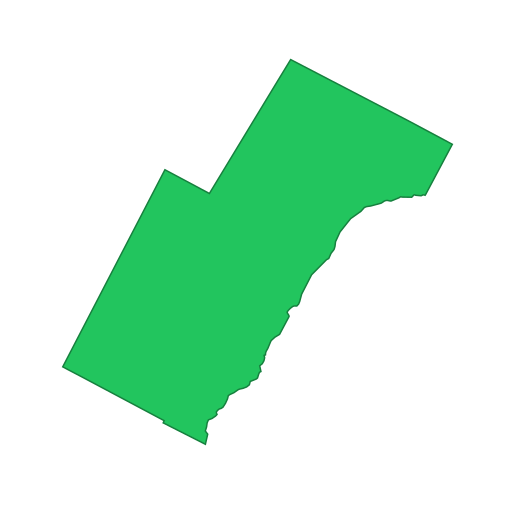 the border of Kavango, rotated 118°
{"feature_id": "NAM-3354", "entity_name": "Kavango", "entity_type": "Region", "adm_level": 1, "iso_a3": "NAM", "parent_name": "Namibia", "parent_adm1": "", "projection": "mercator", "projection_center": [19.863, -18.289], "detail": "fine", "context": "isolated", "style": "filled", "palette": "green", "viewbox_px": 512, "rotation_deg": 118, "n_neighbors": 0, "source": "natural_earth", "source_scale": "10m", "svg_char_len": 1605}
<svg xmlns="http://www.w3.org/2000/svg" viewBox="0 0 512 512"><g transform="rotate(118 256 256)"><path d="M65.2,135.1L82.4,135.1L115.1,135.1L122.0,135.1L123.0,135.2L123.1,136.0L123.6,137.3L124.4,137.8L125.3,138.5L127.4,143.5L127.6,144.9L127.9,145.2L131.0,146.1L135.4,154.7L135.8,156.1L137.5,157.1L144.1,162.6L144.5,163.6L145.2,166.0L145.9,167.2L147.1,168.4L149.4,169.6L150.7,170.4L158.0,178.2L160.5,181.6L162.3,183.1L167.2,184.3L178.6,190.0L195.3,193.1L206.0,192.5L210.4,190.8L213.2,190.2L214.6,190.3L218.4,191.0L224.1,190.6L226.1,192.0L246.4,198.1L268.2,197.8L275.5,196.1L278.4,195.8L281.0,196.5L282.2,198.9L283.4,199.9L286.0,201.1L289.0,202.0L291.0,202.2L291.6,201.5L293.1,199.0L293.9,198.4L314.1,198.4L318.8,201.2L323.3,202.8L324.5,202.9L332.0,202.2L335.5,202.3L337.1,202.0L338.9,201.2L339.9,202.2L341.8,200.6L344.8,199.8L348.2,199.9L351.2,201.2L355.7,197.4L357.0,198.3L358.8,198.2L363.0,197.4L364.5,198.0L369.5,202.2L372.8,201.4L376.0,202.8L378.9,205.3L381.3,208.1L382.6,209.1L387.0,211.3L390.7,214.1L392.3,214.9L395.5,214.1L400.5,213.8L405.1,214.2L407.2,215.4L408.1,216.5L410.2,217.4L412.3,217.8L413.3,217.2L414.2,216.0L416.4,216.6L420.2,218.6L423.0,221.1L426.3,220.8L430.1,219.4L434.3,218.6L436.0,215.0L446.0,212.3L446.9,259.6L444.5,259.8L444.5,263.6L444.5,269.1L444.5,274.5L444.5,280.0L444.5,285.5L444.5,291.0L444.5,296.5L444.5,302.0L444.5,307.5L444.5,313.0L444.5,318.5L444.5,324.0L444.5,329.5L444.5,335.0L444.5,340.5L444.5,346.0L444.5,351.5L444.6,368.4L444.6,374.6L222.6,376.9L222.7,326.5L89.9,319.0L66.3,317.6L65.1,185.5L65.2,135.1Z" fill="#22c55e" stroke="#15803d" stroke-width="1.5"/></g></svg>